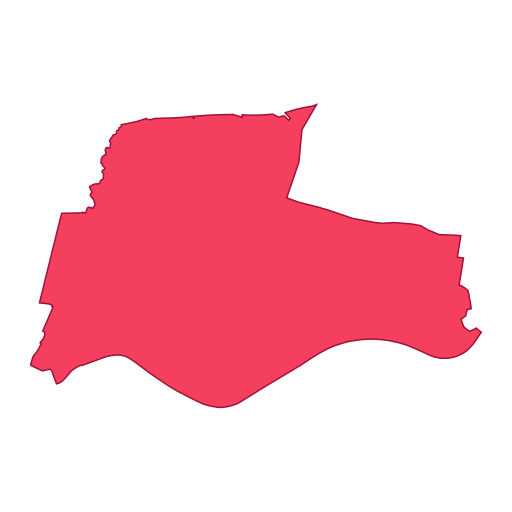 the district of Renkum, Gelderland, Netherlands
{"feature_id": "6326949B75793102771605", "entity_name": "Renkum", "entity_type": "district", "adm_level": 2, "iso_a3": "NLD", "parent_name": "Netherlands", "parent_adm1": "Gelderland", "projection": "albers", "projection_center": [5.777, 51.992], "detail": "fine", "context": "isolated", "style": "filled", "palette": "rose", "viewbox_px": 512, "rotation_deg": 0, "n_neighbors": 0, "source": "geoboundaries", "source_scale": "gbopen_adm2", "svg_char_len": 5906}
<svg xmlns="http://www.w3.org/2000/svg" viewBox="0 0 512 512"><path d="M316.5,104.6L312.4,106.1L308.2,106.9L304.1,107.5L296.0,109.4L285.2,112.6L285.1,113.0L286.6,114.5L290.3,118.3L288.6,120.4L285.0,116.5L283.8,115.8L280.9,116.5L278.8,117.2L272.9,114.2L269.1,114.4L265.4,114.8L261.2,115.0L257.1,115.1L253.1,115.2L245.5,115.0L242.2,114.8L242.2,117.3L233.2,114.5L232.2,114.5L232.2,114.4L231.8,114.5L221.6,114.7L214.3,114.9L203.7,115.5L200.7,115.8L197.8,115.9L194.9,116.2L194.0,118.3L193.1,118.1L193.2,116.3L185.4,117.1L175.8,117.8L171.6,118.0L163.0,118.2L154.4,118.5L151.1,119.6L147.1,119.5L146.4,118.4L143.5,119.4L136.5,121.6L127.5,123.5L121.2,124.7L121.4,125.2L121.4,126.0L121.3,126.3L121.2,126.6L121.1,126.8L120.9,127.0L120.6,127.1L119.5,127.5L119.2,127.7L119.0,127.8L118.9,128.1L118.9,129.3L118.8,129.7L118.8,129.9L118.4,130.2L117.4,130.3L117.2,130.4L116.9,130.6L116.7,130.9L116.6,131.3L116.5,132.7L116.4,133.2L116.2,133.5L116.0,133.8L115.8,134.0L115.5,134.3L115.1,134.5L114.1,134.6L113.6,134.8L113.3,135.0L112.7,135.5L112.4,136.3L111.7,137.4L110.6,138.9L109.8,140.1L109.6,140.5L109.6,140.8L109.6,141.2L109.8,141.6L110.5,142.7L110.7,142.9L110.7,143.4L110.6,143.8L110.3,144.7L110.1,145.7L110.1,146.2L110.3,147.4L110.3,147.7L110.2,147.9L110.0,148.0L109.3,148.1L108.9,148.0L107.5,147.5L106.9,147.4L106.5,147.5L106.3,147.7L105.9,148.2L105.8,148.3L105.4,149.3L105.3,149.6L105.3,150.3L105.3,150.7L105.5,151.7L106.1,153.8L106.2,154.0L106.1,154.4L105.7,154.6L105.4,154.7L104.6,154.9L104.4,154.9L104.3,155.1L104.2,155.5L103.9,155.8L103.7,156.0L102.6,156.3L102.4,156.5L102.3,156.8L102.0,157.9L101.2,159.4L101.2,160.7L101.0,161.6L100.9,162.1L100.9,162.6L100.9,162.8L101.0,163.0L102.3,164.0L102.2,164.6L102.2,164.8L102.4,165.3L102.7,165.7L103.9,166.9L104.7,168.0L104.8,168.6L104.7,168.8L104.4,169.3L103.8,169.8L103.1,170.0L102.8,170.2L102.6,170.4L102.3,170.7L102.2,170.9L102.1,171.5L102.1,171.8L102.2,172.0L102.4,172.3L103.3,173.4L103.4,173.6L103.5,173.9L103.4,175.8L103.4,177.8L103.3,178.2L103.0,178.7L102.8,179.0L102.4,179.3L101.2,180.1L100.9,180.3L100.7,180.5L100.5,180.8L100.3,181.2L99.8,182.9L99.7,183.1L99.5,183.3L98.2,183.8L97.8,183.9L97.0,183.9L95.6,183.9L95.0,184.0L94.0,184.3L93.3,184.5L91.7,185.3L91.1,185.8L90.2,186.1L90.0,186.3L89.6,186.8L89.6,187.0L89.6,187.3L89.7,187.7L90.0,188.4L91.6,191.1L91.7,191.4L91.8,191.6L91.8,192.7L90.9,193.4L90.6,193.9L90.5,194.3L90.3,194.9L90.3,195.1L90.3,195.3L90.4,195.7L90.5,195.9L91.3,196.7L92.1,198.0L93.0,198.9L93.4,199.3L93.6,199.5L94.3,202.1L94.5,202.5L94.8,202.9L94.9,203.1L94.9,203.7L94.8,204.1L94.8,205.0L94.6,205.8L93.8,206.5L93.5,206.9L92.7,208.3L90.5,207.5L90.4,207.6L89.1,207.3L88.3,207.3L87.1,208.3L85.7,213.1L82.5,212.2L82.3,212.9L61.6,213.3L61.6,213.7L60.0,219.8L58.0,228.0L57.4,230.2L56.6,233.5L56.1,235.6L55.7,237.3L52.5,249.8L52.0,251.9L51.5,253.9L50.7,257.4L50.5,258.1L50.3,259.1L44.8,281.1L44.6,282.0L42.1,292.5L40.7,297.6L39.5,302.9L40.2,302.8L41.2,303.2L43.7,303.3L49.2,304.0L52.4,305.3L51.9,306.5L52.6,306.9L52.5,307.3L52.9,307.4L42.7,331.1L44.8,332.3L44.6,333.2L44.8,334.1L44.8,334.4L44.8,335.0L44.7,335.4L42.9,339.4L42.7,339.9L42.5,340.1L42.2,340.1L41.1,341.9L40.6,341.9L40.5,342.1L40.1,342.9L40.1,343.0L40.9,343.7L41.0,343.9L41.1,344.2L39.8,346.2L39.4,347.4L39.2,348.0L38.9,348.5L37.7,350.2L37.3,350.7L37.3,350.9L37.1,351.3L36.1,352.7L34.1,355.0L33.6,355.8L33.2,356.6L32.7,357.7L32.3,358.9L32.1,359.7L31.9,360.4L31.5,361.6L31.1,363.1L30.9,363.5L30.8,364.2L30.7,364.2L31.0,365.5L42.4,370.9L49.8,369.2L51.6,370.5L52.5,372.9L52.5,373.0L52.7,373.6L52.9,374.2L53.5,375.9L55.3,380.6L56.5,383.8L59.4,383.0L62.3,381.1L65.3,378.0L71.0,371.4L73.2,369.4L76.9,367.1L79.9,365.6L82.4,365.3L103.0,357.8L106.1,356.7L111.0,355.6L115.5,355.0L120.4,355.1L124.8,356.1L128.9,358.0L132.4,360.3L136.4,363.0L148.7,372.4L152.9,375.3L159.1,379.5L169.1,386.2L177.3,391.1L190.6,398.0L198.5,401.9L202.3,403.6L205.5,404.7L206.6,405.0L210.0,405.9L214.1,406.7L218.0,407.3L222.0,407.4L223.1,407.3L227.7,406.6L231.2,405.7L235.2,404.5L237.6,403.5L240.4,401.9L264.2,387.1L297.7,367.0L300.5,365.3L311.2,358.2L319.4,353.2L325.0,350.1L327.8,348.7L329.6,347.9L332.9,346.4L335.0,345.6L338.1,344.6L341.4,343.5L348.2,341.6L351.1,341.1L360.5,339.7L365.2,339.3L370.3,339.1L374.3,339.1L377.1,339.3L379.5,339.5L381.1,339.6L384.6,340.0L390.2,340.8L393.8,341.6L397.7,342.5L399.8,343.0L404.4,344.4L406.8,345.2L409.2,346.1L413.3,347.8L416.8,349.3L430.0,355.3L433.5,356.7L435.0,357.1L436.9,357.5L440.0,358.1L441.8,358.2L444.6,358.3L446.1,358.3L447.7,358.2L448.7,358.1L451.4,357.6L453.1,357.3L456.1,356.4L458.2,355.6L460.2,354.7L463.5,352.9L464.5,352.4L465.4,351.7L466.3,351.0L467.7,349.8L469.4,348.2L470.6,346.9L472.5,344.8L475.2,341.2L476.7,339.0L481.3,332.2L477.4,329.2L476.7,328.4L476.5,328.1L476.3,328.1L470.7,330.9L470.1,331.2L469.8,331.3L469.1,330.8L467.1,329.6L466.0,328.8L464.9,327.9L464.8,327.7L464.5,327.2L463.7,326.8L460.9,319.0L462.0,318.6L464.1,317.0L465.8,315.8L466.0,314.4L466.2,313.4L466.5,312.3L466.6,312.0L466.6,311.9L466.7,311.6L466.7,311.3L466.8,310.8L467.0,310.5L466.9,310.1L467.7,309.7L468.6,309.3L469.0,309.2L469.3,309.0L470.4,309.0L471.0,308.9L471.1,308.7L471.1,308.4L471.2,308.1L471.1,307.7L470.8,306.8L470.8,306.3L470.8,305.5L470.4,302.8L470.3,301.8L470.2,301.1L469.8,299.7L469.4,298.7L469.3,297.6L469.0,294.7L468.8,293.8L468.6,293.3L468.3,292.5L467.9,290.9L468.0,290.4L467.8,290.2L467.7,290.2L466.0,289.1L465.8,288.7L461.0,285.5L459.1,284.9L460.7,275.6L461.1,273.3L462.6,263.5L463.5,258.0L457.4,257.3L457.8,254.4L458.7,248.9L458.8,248.2L459.1,246.5L460.8,235.6L452.7,235.1L439.2,234.6L428.3,230.1L420.5,225.6L416.0,224.8L413.2,224.2L411.9,224.1L410.7,223.9L394.3,222.6L392.8,222.6L390.1,222.8L385.4,223.1L384.5,223.1L382.2,223.3L375.0,222.5L353.5,218.6L350.3,217.7L346.6,216.3L332.1,211.4L327.6,209.9L318.4,207.2L316.1,206.6L314.8,206.3L298.3,202.1L286.7,197.8L298.9,162.2L301.6,133.3L302.1,129.4L316.5,104.6Z" fill="#f43f5e" stroke="#9f1239" stroke-width="1.5"/></svg>